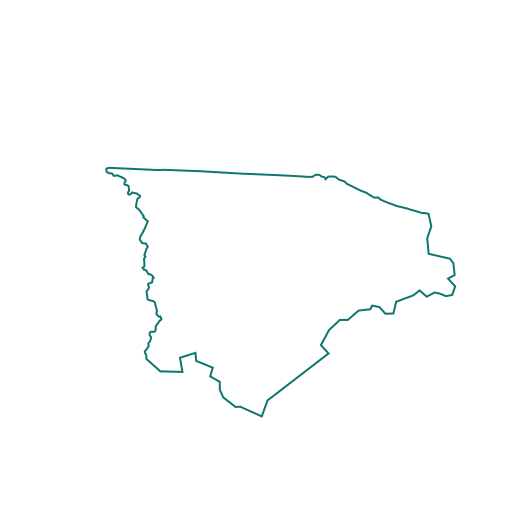 outline of Pike, Kentucky, United States of America, rotated 224°
{"feature_id": "52423323B94553693259062", "entity_name": "Pike", "entity_type": "district", "adm_level": 2, "iso_a3": "USA", "parent_name": "United States of America", "parent_adm1": "Kentucky", "projection": "orthographic", "projection_center": [-82.303, 37.469], "detail": "fine", "context": "isolated", "style": "outline", "palette": "teal", "viewbox_px": 512, "rotation_deg": 224, "n_neighbors": 0, "source": "geoboundaries", "source_scale": "gbopen_adm2", "svg_char_len": 2693}
<svg xmlns="http://www.w3.org/2000/svg" viewBox="0 0 512 512"><g transform="rotate(224 256 256)"><path d="M162.7,136.6L140.4,144.6L147.4,160.1L136.1,236.3L147.4,237.0L152.0,253.4L151.3,268.2L145.5,273.8L144.3,288.0L136.7,297.2L138.0,301.0L131.8,305.0L122.7,304.4L117.2,310.1L123.4,320.4L115.5,337.0L114.4,344.9L105.0,345.3L102.1,353.9L97.5,356.7L91.4,359.1L87.8,364.3L91.6,372.5L102.2,373.2L99.9,380.3L109.0,387.9L114.6,388.8L133.3,377.5L145.1,387.6L150.4,399.0L161.1,406.2L164.3,404.2L166.2,402.5L166.2,402.4L167.7,401.6L175.9,397.4L177.2,396.5L179.1,395.8L182.6,393.8L186.2,391.7L186.4,391.5L190.4,389.2L191.5,388.9L195.5,387.2L195.8,386.9L201.6,384.5L206.1,383.0L208.8,383.0L211.0,380.6L212.2,379.9L218.1,378.5L220.2,378.3L225.9,375.8L240.1,371.3L241.1,371.0L244.1,371.1L249.4,368.6L253.4,368.2L255.3,367.2L259.2,363.3L259.3,359.6L261.5,360.2L263.8,358.8L266.9,358.3L269.4,355.9L270.1,354.0L270.2,352.5L270.7,351.8L271.4,351.1L273.6,349.0L281.2,342.6L297.7,328.2L320.3,308.2L320.8,307.6L354.4,278.8L381.5,254.6L386.7,249.3L422.7,217.6L424.0,215.8L424.2,214.7L421.9,212.8L419.2,213.4L417.2,215.1L416.5,215.4L414.3,214.9L413.6,215.1L412.1,217.4L411.5,217.8L405.6,220.0L404.9,220.2L402.8,220.0L401.9,219.6L401.5,217.3L400.6,216.2L399.7,216.2L397.8,217.5L396.3,217.8L392.7,215.0L392.2,212.7L391.8,212.1L390.1,211.9L389.3,212.8L389.1,214.0L389.3,215.5L384.9,218.3L383.7,218.2L382.1,218.7L381.2,218.6L380.7,218.3L380.5,217.1L381.0,215.5L380.7,214.0L376.8,208.3L376.0,207.8L371.9,208.1L369.9,207.7L364.3,206.6L364.1,205.8L363.8,205.5L357.9,205.8L354.4,196.5L354.5,195.7L353.9,195.1L353.1,190.9L351.9,188.2L351.1,187.1L346.9,186.2L344.8,187.6L343.9,188.5L340.3,187.5L339.9,185.3L336.9,179.1L335.3,178.9L334.9,178.1L334.8,176.4L331.6,173.5L329.5,171.5L329.0,170.3L329.5,168.8L327.5,168.4L327.2,168.3L326.9,168.7L324.7,169.4L320.8,168.2L320.3,168.4L319.9,169.2L319.5,169.3L317.1,169.7L315.5,169.6L314.5,169.1L314.9,168.4L312.5,164.9L312.5,164.4L313.0,163.8L314.1,161.5L314.1,160.8L312.9,159.9L311.0,159.0L310.5,157.7L310.2,154.9L309.9,154.3L304.1,149.7L303.5,149.5L302.2,150.0L298.5,152.2L296.4,152.3L291.7,149.2L289.9,148.4L287.3,145.0L283.6,144.9L282.9,146.0L281.3,145.5L280.1,144.7L280.0,143.7L280.3,143.1L280.1,140.6L280.0,140.4L279.4,136.1L279.3,135.6L278.7,135.2L277.0,133.5L276.4,131.9L276.8,130.5L278.9,128.5L279.2,127.1L278.5,126.2L277.3,125.1L275.2,124.7L274.5,124.2L273.0,121.1L272.8,118.9L272.6,118.1L270.6,116.6L269.9,113.2L269.7,110.2L269.5,109.8L269.1,109.5L266.0,108.4L263.3,105.8L244.6,106.6L228.4,121.5L240.0,130.0L232.3,144.2L226.1,139.0L209.5,145.6L205.3,137.6L194.7,140.3L189.0,134.6L181.4,131.5L165.8,133.2L162.7,136.6Z" fill="none" stroke="#0f766e" stroke-width="2"/></g></svg>